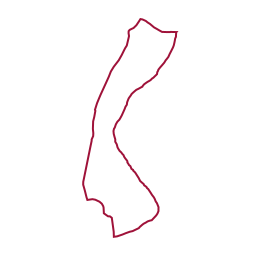 the district of Naqada, Qina, Egypt, rotated 5°
{"feature_id": "37247803B87719226438942", "entity_name": "Naqada", "entity_type": "district", "adm_level": 2, "iso_a3": "EGY", "parent_name": "Egypt", "parent_adm1": "Qina", "projection": "orthographic", "projection_center": [32.741, 25.889], "detail": "fine", "context": "isolated", "style": "outline", "palette": "rose", "viewbox_px": 256, "rotation_deg": 5, "n_neighbors": 0, "source": "geoboundaries", "source_scale": "gbopen_adm2", "svg_char_len": 2311}
<svg xmlns="http://www.w3.org/2000/svg" viewBox="0 0 256 256"><g transform="rotate(5 128 128)"><path d="M123.4,237.6L126.6,236.9L131.8,234.6L135.1,232.9L138.8,231.2L141.6,230.3L144.8,228.4L147.5,226.8L148.3,225.6L150.5,223.3L151.9,222.0L154.1,220.6L155.6,219.4L157.8,218.4L159.7,217.8L163.7,212.7L164.8,210.7L165.6,208.1L165.4,205.9L165.3,204.2L164.6,202.8L163.4,200.4L162.0,198.7L160.8,196.3L159.8,194.8L157.6,192.4L156.5,190.9L154.2,188.0L153.5,187.1L152.2,186.2L151.6,185.2L150.4,184.4L149.1,183.7L148.5,182.5L146.4,181.0L144.7,179.7L143.0,176.9L141.3,174.7L139.0,171.7L136.9,170.0L136.7,169.3L135.0,168.4L133.7,165.8L132.2,164.8L131.5,163.7L131.1,163.2L130.4,162.4L130.3,161.3L130.1,160.9L129.6,160.3L127.9,158.5L126.7,157.0L125.9,155.4L124.6,154.3L123.4,152.9L121.7,151.6L120.4,149.9L119.3,148.3L118.2,145.2L116.5,142.8L116.3,140.4L115.3,137.9L114.7,136.2L114.3,135.1L113.8,132.3L114.1,130.0L114.8,128.7L115.6,125.4L116.8,122.8L117.5,121.9L118.7,120.4L119.7,118.3L120.7,116.0L123.0,109.4L123.7,106.9L124.5,105.5L124.8,104.9L124.9,102.5L125.4,100.7L126.1,98.4L127.2,96.5L127.9,95.4L128.6,93.9L129.8,92.5L131.4,90.8L132.0,90.2L133.0,89.2L134.9,88.1L137.4,86.4L138.7,85.6L138.9,85.0L140.2,83.1L141.8,81.7L143.5,80.3L144.6,79.6L146.3,78.3L147.7,76.6L148.9,75.7L149.8,74.6L151.4,72.8L152.2,71.8L152.3,69.8L152.9,68.5L153.2,67.2L154.7,64.9L156.6,62.3L158.3,59.9L158.9,58.8L159.6,57.3L160.6,55.9L162.0,53.7L163.0,50.8L164.1,48.1L165.8,43.8L166.4,41.7L166.8,38.9L167.0,37.1L167.2,34.7L167.8,33.0L167.7,30.3L167.7,28.5L167.9,28.2L161.8,28.6L161.5,28.8L159.2,29.0L155.4,29.2L153.5,29.3L150.6,28.0L148.1,26.8L145.2,25.5L140.8,22.4L138.3,21.1L136.4,19.8L133.0,18.6L130.9,18.4L129.6,20.9L127.4,24.9L124.8,27.9L122.9,29.0L121.1,30.1L120.2,31.5L120.3,33.5L121.0,36.3L120.8,37.8L119.6,46.0L118.3,48.5L117.5,50.4L115.4,55.8L112.9,61.3L108.5,68.2L106.0,73.2L104.4,78.6L101.9,85.7L97.8,97.2L96.5,101.2L95.0,106.0L93.5,112.8L94.0,113.7L93.4,120.0L92.7,124.4L93.1,132.0L93.7,135.1L93.9,136.3L94.0,139.1L92.8,142.6L92.9,144.0L92.2,149.8L88.4,183.1L88.1,185.5L88.3,188.4L89.9,192.6L90.6,194.5L92.7,200.6L93.8,203.2L98.8,202.0L101.7,202.3L106.0,203.9L108.5,205.7L110.1,208.0L110.6,209.4L111.4,215.1L115.8,217.7L117.7,217.6L119.7,218.9L121.7,227.7L122.8,232.6L123.4,237.6Z" fill="none" stroke="#9f1239" stroke-width="2"/></g></svg>